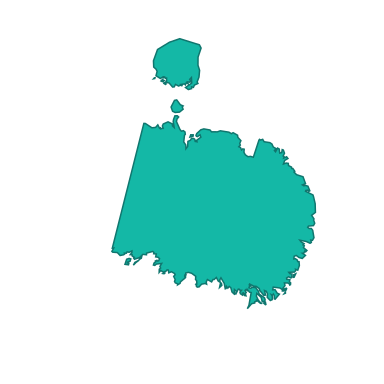 the district of North Vella la Vella, Western, Solomon Islands, rotated 145°
{"feature_id": "97153195B19966779892851", "entity_name": "North Vella la Vella", "entity_type": "district", "adm_level": 2, "iso_a3": "SLB", "parent_name": "Solomon Islands", "parent_adm1": "Western", "projection": "orthographic", "projection_center": [156.59, -7.704], "detail": "fine", "context": "isolated", "style": "filled", "palette": "teal", "viewbox_px": 384, "rotation_deg": 145, "n_neighbors": 0, "source": "geoboundaries", "source_scale": "gbopen_adm2", "svg_char_len": 5973}
<svg xmlns="http://www.w3.org/2000/svg" viewBox="0 0 384 384"><g transform="rotate(145 192 192)"><path d="M289.5,191.7L288.2,191.0L291.7,189.3L291.5,188.2L287.9,185.2L287.3,181.2L284.0,179.8L282.8,179.8L282.5,180.7L280.8,179.5L279.5,180.2L278.1,178.7L275.0,178.2L275.9,176.9L278.5,176.1L277.0,175.0L277.7,174.0L276.7,171.5L277.7,171.3L277.7,169.9L272.5,168.4L268.0,169.1L265.3,166.7L264.3,168.0L258.2,165.8L257.9,164.2L258.8,163.4L256.8,161.7L259.0,159.7L257.3,158.1L256.8,156.0L258.8,154.8L260.0,155.3L259.9,156.2L261.6,156.5L261.8,155.7L263.8,155.6L265.5,154.3L264.6,153.2L262.6,153.4L257.8,150.9L261.0,149.4L261.3,147.7L263.1,147.5L265.0,145.0L262.6,145.6L261.4,142.5L260.3,142.7L259.7,141.9L257.0,142.5L256.2,141.7L257.4,139.1L254.6,138.5L253.0,135.2L253.3,133.9L255.4,133.4L256.0,129.9L257.6,128.8L257.8,127.2L256.4,124.9L257.1,124.2L254.2,124.0L252.9,125.0L246.4,125.6L245.0,127.5L246.6,126.4L246.2,127.4L245.4,128.1L243.9,127.3L244.6,128.1L243.6,129.2L241.1,128.3L238.9,125.6L237.3,120.8L239.3,118.3L239.1,116.7L240.3,114.6L241.7,114.2L241.2,113.6L242.4,112.7L242.3,111.1L240.6,110.2L237.0,111.0L233.7,109.5L232.9,108.1L232.0,110.1L229.6,111.5L227.5,107.1L225.0,108.3L224.0,107.6L221.1,108.0L221.6,104.0L220.7,101.8L219.8,104.0L217.5,105.1L218.0,98.7L220.3,93.6L219.4,93.4L217.9,94.9L217.8,92.7L215.7,93.3L215.1,91.3L216.6,87.1L215.9,83.8L215.1,83.7L214.6,86.1L213.2,87.8L212.7,85.6L213.5,83.9L209.8,85.9L209.1,85.4L209.1,84.1L207.9,83.1L210.2,82.5L210.7,80.9L209.7,78.4L208.8,78.7L208.6,80.2L207.7,79.9L208.3,77.0L207.3,76.0L206.7,78.2L205.3,78.5L205.0,81.0L203.9,81.2L203.2,79.6L202.6,80.4L202.3,76.9L201.2,75.7L210.4,66.5L213.6,64.7L207.2,66.3L204.3,65.1L203.6,66.1L202.1,65.6L201.2,66.5L199.8,61.6L198.4,60.4L199.4,61.9L199.7,65.8L199.0,69.8L197.1,71.8L195.8,66.0L197.3,62.1L195.2,60.7L193.9,61.8L193.3,63.8L195.5,69.8L194.5,72.8L194.8,77.3L197.4,79.4L199.1,79.4L200.3,80.9L199.1,81.7L198.0,81.3L198.4,83.1L197.6,83.6L195.3,79.3L193.6,78.0L192.3,74.4L193.0,72.3L192.4,66.2L190.9,65.4L189.1,69.7L188.1,68.1L188.6,65.1L190.8,62.6L190.1,58.2L188.1,57.8L186.1,60.3L185.9,62.4L185.3,61.3L183.9,61.8L184.0,59.9L185.9,57.3L185.4,56.5L179.0,58.2L180.2,60.2L180.0,64.4L182.0,65.6L180.0,67.5L175.1,63.0L174.0,60.2L174.8,59.1L173.6,58.3L172.9,58.3L172.7,61.0L169.5,62.0L168.5,64.5L165.9,62.7L165.0,61.2L165.3,59.7L164.5,59.6L163.3,61.0L163.7,62.6L162.1,64.1L164.5,66.1L163.9,67.3L161.5,67.2L160.2,64.8L159.0,65.2L157.1,67.4L158.7,69.0L158.8,70.7L153.9,67.6L151.9,68.3L151.5,69.3L150.2,67.3L146.2,70.2L144.3,73.5L145.3,74.4L144.8,76.1L145.6,78.1L147.0,78.8L145.1,80.8L143.0,80.2L141.9,76.9L139.8,74.3L135.4,75.0L136.7,78.5L135.5,77.8L133.4,78.9L133.2,77.8L131.4,78.2L132.6,82.5L130.8,83.6L131.1,84.8L132.1,84.9L129.8,85.4L131.2,88.3L131.3,90.7L126.8,85.9L124.7,82.3L123.2,82.2L122.3,84.5L121.1,83.3L118.3,84.6L115.1,91.4L115.2,93.7L117.0,94.9L117.5,96.7L116.2,97.3L111.8,94.8L109.4,96.0L108.5,99.2L107.5,100.0L107.4,104.3L102.6,104.5L97.8,111.8L95.2,118.3L94.6,120.2L98.6,127.5L97.9,128.0L96.2,127.2L95.8,125.5L94.8,125.4L93.7,130.3L95.4,132.4L96.8,132.9L97.5,134.5L94.2,133.8L92.3,140.8L96.4,146.2L97.0,149.8L95.9,150.0L95.9,153.4L96.8,154.1L96.2,155.4L97.8,158.3L96.7,160.2L98.2,161.7L101.0,162.5L98.0,164.7L94.2,164.4L94.3,166.6L97.4,167.2L96.3,168.0L96.7,169.2L94.0,170.7L93.1,174.0L93.8,175.0L95.9,172.8L97.8,173.6L95.9,177.2L96.7,178.9L100.5,177.0L100.7,178.7L98.2,179.3L99.6,182.2L99.0,185.5L99.9,187.8L104.1,191.8L103.9,194.6L106.0,195.2L106.5,196.4L107.4,196.1L121.8,185.3L123.6,187.6L125.9,188.8L127.0,191.9L126.7,194.7L124.7,197.1L125.7,198.2L127.3,198.0L126.8,200.6L127.7,202.2L125.5,202.7L125.1,204.4L122.5,206.0L123.1,210.5L122.1,212.4L124.3,217.0L126.3,217.2L127.4,219.8L133.7,225.9L136.7,226.7L141.5,230.1L141.7,232.5L146.1,236.9L149.1,237.9L154.5,237.2L156.3,236.1L156.4,235.0L155.7,234.2L152.6,234.2L153.3,231.8L158.7,231.7L159.1,230.3L160.4,231.6L159.5,233.5L159.9,234.9L161.7,236.2L163.6,235.3L166.3,235.8L169.5,231.7L172.2,230.9L170.1,234.1L170.1,237.7L165.6,242.8L164.4,243.1L163.3,245.2L163.9,247.2L165.8,247.9L166.0,250.2L164.3,258.7L162.4,260.4L159.9,261.1L160.3,262.9L162.3,264.2L165.4,262.1L167.0,260.5L169.6,255.0L170.1,257.2L169.1,259.1L171.4,263.2L176.5,264.2L178.4,263.1L179.1,260.1L179.4,261.2L181.4,261.6L181.1,262.7L182.0,262.8L181.5,266.6L184.8,265.8L188.0,267.6L190.9,274.9L192.1,275.8L289.5,191.7ZM154.8,307.9L152.8,303.1L149.4,302.9L148.8,302.3L149.6,301.8L148.4,301.5L148.6,300.4L147.5,299.9L149.1,297.5L150.5,297.2L148.2,294.4L147.7,289.1L146.3,288.3L143.8,289.6L142.2,286.5L140.0,286.0L139.4,284.9L138.6,285.3L139.1,286.3L136.1,284.8L136.0,283.6L134.1,284.7L133.1,282.9L132.6,284.9L130.7,283.1L129.3,284.0L129.3,285.6L126.8,286.1L129.7,281.4L137.4,281.3L136.2,278.0L133.0,276.9L132.0,278.4L130.8,276.9L128.7,278.2L124.9,277.5L124.7,279.2L120.4,282.1L116.0,287.3L114.4,292.4L109.7,299.0L102.0,304.7L101.5,308.3L114.1,324.6L124.5,327.6L138.5,328.5L148.3,321.6L151.7,316.3L151.0,313.2L151.4,310.8L154.8,307.9ZM161.6,269.3L160.2,266.8L156.4,264.6L151.8,264.9L151.2,267.3L149.9,267.6L151.5,270.2L151.7,276.2L153.8,277.1L160.4,273.6L161.6,269.3ZM288.4,171.2L285.8,168.8L284.6,169.8L285.5,171.0L284.9,171.5L282.4,170.8L280.5,172.3L281.6,173.7L284.1,174.4L288.4,171.2ZM162.2,238.2L159.1,237.1L158.2,238.1L160.2,239.6L162.2,238.2ZM282.0,165.7L278.3,166.4L274.3,166.5L279.2,167.1L282.0,165.7ZM224.2,98.0L221.1,98.4L220.2,100.4L220.7,101.3L224.2,98.0ZM158.0,64.0L157.3,63.6L154.0,65.5L156.1,65.9L158.0,64.0ZM153.7,300.7L152.9,299.3L150.8,299.2L151.7,301.1L153.7,300.7ZM172.5,59.8L171.7,57.5L169.9,58.5L169.9,59.1L172.5,59.8ZM197.0,59.9L196.5,57.6L196.0,57.5L195.1,59.5L197.0,59.9ZM152.8,297.2L152.0,295.3L151.2,295.4L152.1,297.7L152.8,297.2ZM273.9,167.0L271.5,166.8L270.6,167.6L273.2,167.6L273.9,167.0ZM174.8,55.8L173.5,55.5L172.5,57.1L173.1,56.4L174.8,55.8ZM158.5,306.8L157.4,306.3L156.8,306.8L157.3,307.1L158.5,306.8ZM262.5,141.8L261.8,141.1L261.2,141.0L261.3,141.7L262.5,141.8Z" fill="#14b8a6" stroke="#0f766e" stroke-width="1.5"/></g></svg>